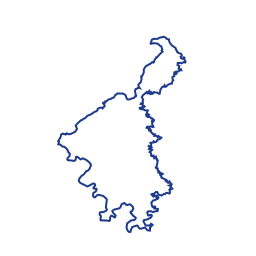 Tsuili-Tsuili, Leribe, Lesotho, rotated 289°
{"feature_id": "5366337B67330505907526", "entity_name": "Tsuili-Tsuili", "entity_type": "district", "adm_level": 2, "iso_a3": "LSO", "parent_name": "Lesotho", "parent_adm1": "Leribe", "projection": "albers", "projection_center": [27.748, -29.04], "detail": "fine", "context": "isolated", "style": "outline", "palette": "blue", "viewbox_px": 256, "rotation_deg": 289, "n_neighbors": 0, "source": "geoboundaries", "source_scale": "gbopen_adm2", "svg_char_len": 5891}
<svg xmlns="http://www.w3.org/2000/svg" viewBox="0 0 256 256"><g transform="rotate(289 128 128)"><path d="M80.5,188.8L83.3,187.2L84.0,187.6L83.9,188.6L85.1,189.7L85.3,189.4L84.9,188.0L85.6,187.6L86.8,187.6L87.1,185.9L88.0,187.5L89.0,187.6L89.0,186.5L90.1,186.0L91.0,184.5L89.5,184.4L89.2,183.8L90.2,181.1L91.0,181.8L91.3,181.6L92.0,175.7L93.2,175.3L93.8,174.0L94.4,173.6L95.5,175.6L96.0,175.7L96.1,173.2L95.7,171.1L96.1,170.9L97.2,171.5L97.8,169.7L99.1,169.5L99.8,168.5L99.2,167.7L99.6,167.2L101.3,167.5L104.9,167.1L106.3,166.5L107.1,166.7L107.5,165.7L108.4,165.2L108.0,163.2L109.6,163.9L110.0,163.7L108.8,162.2L109.3,161.3L110.1,161.1L109.2,160.0L109.4,158.7L110.7,158.7L111.4,157.8L112.3,157.4L112.4,156.3L115.2,157.9L115.3,157.1L114.7,156.5L115.0,155.6L114.8,154.7L115.6,154.8L116.5,156.4L117.4,156.7L117.5,156.1L116.2,155.3L117.3,154.6L117.5,153.5L117.9,153.6L118.0,154.6L118.9,155.6L120.1,155.2L121.1,154.0L121.7,154.6L122.2,156.3L123.8,156.6L123.2,157.7L123.9,158.8L124.4,159.3L126.3,159.7L128.4,162.1L129.7,162.7L129.9,162.3L129.6,161.4L130.3,159.3L128.9,159.1L129.9,157.2L129.1,155.5L130.8,155.4L130.2,153.8L131.1,152.7L131.1,151.9L132.0,150.6L133.2,150.5L133.8,149.8L133.7,149.2L132.7,149.5L132.4,148.9L133.3,148.1L134.0,148.9L134.4,148.8L134.6,147.3L134.3,145.5L135.1,145.5L135.8,146.3L135.7,147.5L137.0,148.8L136.8,150.8L137.4,151.7L139.9,149.3L141.2,149.2L142.2,148.3L142.7,148.5L142.7,150.0L143.9,150.0L144.9,148.2L144.6,146.7L145.3,146.0L145.6,144.5L144.8,143.1L145.3,141.6L146.2,141.0L146.6,142.6L147.4,143.5L147.7,143.1L147.5,141.9L147.8,140.9L151.0,141.0L150.2,138.1L150.7,136.5L150.1,134.7L150.0,133.1L150.6,132.5L151.1,132.9L152.9,136.3L153.7,136.8L154.0,136.4L153.6,135.7L153.6,134.7L155.0,134.2L154.9,132.2L155.8,132.5L156.3,134.0L158.7,132.9L159.7,133.2L161.6,131.0L163.9,131.5L168.0,133.9L167.0,135.1L167.2,135.7L167.8,136.0L169.2,135.5L169.8,135.9L168.0,136.7L167.3,138.0L168.3,138.7L169.5,138.3L169.4,138.9L168.1,139.6L168.4,140.1L170.5,140.9L170.4,142.1L171.0,144.0L170.4,145.8L170.7,146.8L175.0,146.2L178.3,147.1L178.7,148.6L180.3,148.7L179.2,149.9L179.3,150.4L181.9,151.7L184.2,154.4L184.4,155.1L186.6,154.7L187.9,155.3L189.1,153.9L190.9,153.5L192.1,154.8L194.0,154.1L194.5,155.8L195.3,156.2L195.6,155.9L195.4,154.2L195.7,153.8L196.8,154.9L197.8,157.2L199.7,158.6L200.0,159.6L200.9,158.8L200.1,157.4L200.5,156.5L203.3,156.4L203.7,154.3L205.7,153.9L206.5,156.0L206.6,157.7L208.2,158.9L208.5,160.7L209.3,160.9L211.3,158.8L212.9,158.5L213.0,157.8L211.2,157.1L211.3,155.5L212.3,154.6L213.8,155.4L215.4,154.2L215.4,151.5L215.8,149.8L216.6,149.6L217.4,148.2L219.1,147.0L220.3,142.8L222.0,140.0L224.2,138.1L225.1,137.9L224.9,135.4L225.6,134.6L225.9,132.9L225.6,131.3L224.5,130.2L224.4,129.4L223.2,128.0L222.1,127.3L220.6,123.3L219.3,121.8L218.3,121.7L217.6,122.0L215.6,121.7L215.1,122.3L216.7,124.9L217.3,128.1L217.0,129.9L216.2,131.3L216.2,132.7L213.4,134.9L212.3,134.5L211.4,135.9L209.2,134.5L204.3,132.4L203.9,131.6L203.0,131.7L201.4,131.0L198.5,131.0L198.0,130.6L198.2,129.4L196.0,128.3L195.2,127.2L194.0,126.6L192.9,125.1L190.6,124.2L188.3,123.9L185.9,124.8L184.3,124.8L181.2,124.3L181.2,123.8L180.0,124.1L179.6,124.6L177.2,125.1L174.9,125.1L173.8,124.1L171.9,123.8L171.2,124.1L169.6,126.1L169.6,125.0L168.3,123.6L167.7,123.4L167.2,122.5L166.1,122.5L164.8,122.6L162.5,124.3L161.5,124.5L161.1,125.3L160.5,125.2L160.2,124.5L158.3,123.8L156.9,121.5L156.1,121.0L154.8,118.5L155.2,117.5L158.5,114.6L158.9,111.5L158.0,109.6L157.4,106.9L156.0,106.2L155.7,105.5L152.1,104.6L150.9,102.9L149.7,102.1L148.5,100.2L146.3,98.9L145.8,97.8L144.6,98.2L143.9,96.3L143.2,96.3L142.3,98.1L141.1,98.8L140.0,98.4L139.4,97.7L138.4,97.6L138.8,97.0L138.4,95.6L137.2,93.9L136.3,93.1L135.2,93.4L133.5,92.7L132.5,91.2L128.9,88.6L126.4,85.7L123.3,84.2L122.1,82.8L120.3,81.7L120.1,81.1L115.4,78.5L113.1,77.8L110.6,80.1L107.2,79.2L103.6,75.7L102.7,73.6L103.0,72.0L102.1,71.7L102.1,71.2L101.5,70.9L101.8,70.2L101.3,69.0L101.5,68.3L100.3,67.0L97.0,67.2L93.0,66.3L92.9,67.2L89.9,67.4L90.3,69.5L89.2,71.7L89.4,73.9L89.0,75.5L87.5,78.0L85.7,79.5L84.8,81.3L82.7,81.9L80.1,80.8L78.7,80.7L78.0,81.5L79.5,88.1L81.0,88.8L83.6,88.3L84.2,88.9L84.0,90.4L82.9,93.2L83.1,93.8L84.6,95.1L84.3,98.6L83.1,102.2L81.5,104.7L80.5,105.1L76.7,104.9L74.4,103.8L73.6,102.6L69.9,101.4L67.3,99.5L64.3,98.5L62.4,98.5L61.4,99.2L60.5,100.9L59.5,108.8L64.0,112.9L64.4,114.2L63.9,115.2L63.0,115.7L60.9,114.8L59.9,114.9L59.6,115.8L60.3,117.7L59.6,118.4L57.5,118.2L55.2,116.4L53.0,116.8L51.9,117.5L51.5,118.4L51.7,119.4L54.3,120.6L55.0,121.3L55.3,122.3L55.7,126.8L53.9,130.9L52.9,131.4L45.8,132.9L44.0,134.6L42.7,134.3L41.4,133.1L40.3,131.6L39.4,129.3L38.6,128.9L36.7,129.5L35.9,131.1L32.3,131.8L31.8,132.3L33.6,137.9L34.0,140.6L35.1,141.0L37.9,140.2L39.7,140.7L39.8,141.4L39.1,144.2L39.3,144.8L41.2,144.8L43.3,141.1L44.1,140.3L44.7,140.2L46.5,141.7L49.2,145.9L50.4,146.6L53.9,146.8L55.9,148.9L54.8,151.5L55.1,152.7L56.5,154.5L56.0,156.4L54.8,158.4L53.6,159.3L50.5,158.8L49.7,157.8L48.9,157.9L46.8,161.3L45.7,164.5L44.5,164.7L43.1,163.9L41.5,160.9L37.6,158.3L34.5,158.7L32.0,159.8L30.5,161.7L30.1,162.7L30.6,164.2L32.3,163.9L35.7,164.2L38.6,168.0L38.7,168.9L37.3,170.5L36.7,171.9L37.3,173.6L39.4,176.3L37.6,179.9L38.2,182.2L41.1,181.2L42.1,181.8L43.1,181.5L43.9,182.8L44.5,182.8L44.9,180.9L43.0,180.6L41.6,176.4L44.9,172.9L46.1,173.1L48.1,176.4L49.6,177.5L50.2,178.5L52.3,179.2L53.2,178.9L53.4,177.8L52.2,176.5L51.9,175.4L54.4,173.7L55.5,173.9L56.8,176.7L56.5,178.9L57.7,180.2L59.1,183.0L61.1,182.7L60.6,179.4L62.1,179.5L62.5,179.2L62.3,178.2L61.2,177.6L61.6,176.5L63.6,175.1L65.2,174.4L67.7,175.4L68.9,177.3L70.2,178.2L70.7,179.2L72.1,179.5L72.4,179.0L71.5,178.2L71.5,177.6L73.1,177.6L73.3,176.9L72.8,174.9L72.0,175.2L71.4,174.3L72.9,171.8L73.6,172.4L74.1,173.8L76.5,175.2L77.0,176.4L74.9,178.7L75.1,181.6L77.2,183.3L77.4,184.4L78.5,184.8L79.4,185.7L79.5,188.5L80.5,188.8Z" fill="none" stroke="#1e3a8a" stroke-width="2"/></g></svg>